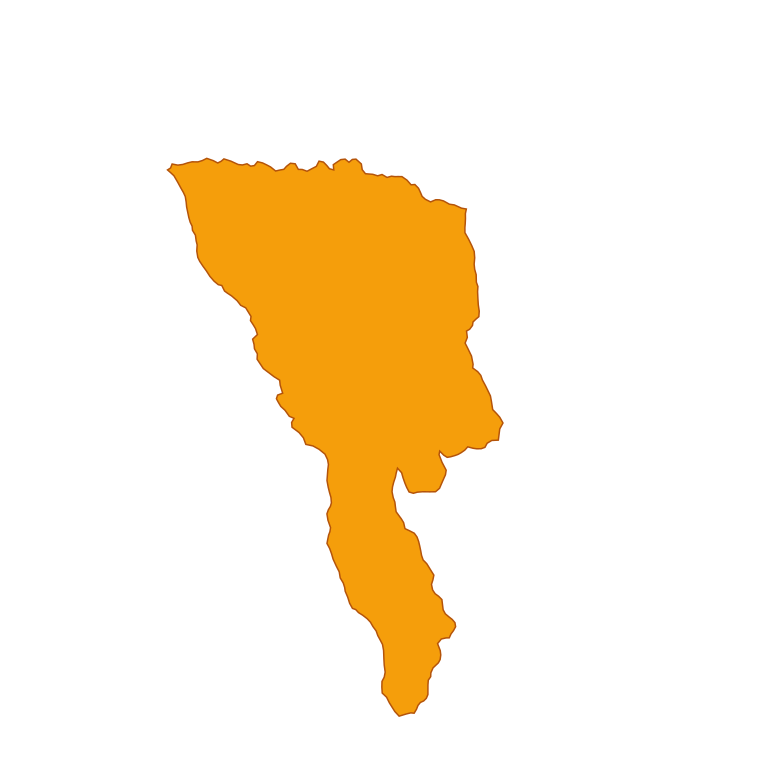 Quatá, São Paulo, Brazil (Equal Earth projection), rotated 329°
{"feature_id": "56859067B88026313234956", "entity_name": "Quatá", "entity_type": "district", "adm_level": 2, "iso_a3": "BRA", "parent_name": "Brazil", "parent_adm1": "São Paulo", "projection": "equal_earth", "projection_center": [-50.659, -22.229], "detail": "fine", "context": "isolated", "style": "filled", "palette": "amber", "viewbox_px": 768, "rotation_deg": 329, "n_neighbors": 0, "source": "geoboundaries", "source_scale": "gbopen_adm2", "svg_char_len": 4083}
<svg xmlns="http://www.w3.org/2000/svg" viewBox="0 0 768 768"><g transform="rotate(329 384 384)"><path d="M544.7,276.4L541.0,273.2L536.5,266.7L532.7,263.6L529.3,257.7L526.3,254.6L523.2,252.7L517.7,251.9L514.6,247.0L513.3,242.8L513.9,238.6L514.4,234.0L513.2,228.9L509.8,227.2L508.7,221.1L506.2,215.5L503.0,213.5L500.2,211.9L497.4,209.7L493.0,208.5L490.2,203.4L485.8,202.3L482.4,198.5L476.4,194.2L475.7,189.1L477.9,183.7L475.8,176.8L472.5,175.2L468.2,175.9L466.5,171.2L462.5,169.4L458.2,169.6L453.5,169.9L451.2,174.6L448.1,171.4L447.5,167.2L446.4,162.6L443.1,159.5L438.1,162.6L433.2,162.3L427.6,162.0L424.4,158.0L421.1,155.9L421.3,149.5L417.5,146.6L412.5,147.2L408.7,148.4L404.8,146.9L400.8,145.6L398.6,139.6L396.3,135.8L393.8,132.0L390.1,128.3L385.4,130.0L381.9,128.6L380.0,124.7L375.4,123.3L372.1,120.8L369.7,117.3L367.6,114.2L365.0,111.2L362.7,108.6L359.2,109.2L355.3,108.9L352.7,104.6L348.3,99.3L343.4,98.9L338.9,97.8L333.9,94.7L329.5,93.3L324.7,92.2L320.0,90.2L315.7,86.3L312.3,88.9L308.7,89.0L310.0,93.1L311.2,97.3L311.1,105.0L310.8,111.6L310.7,116.6L310.2,121.0L308.1,126.2L306.0,130.6L304.7,134.3L302.4,140.9L301.2,145.5L300.8,149.9L299.0,153.6L299.0,159.3L296.7,164.6L295.5,168.5L292.0,173.6L289.6,179.6L289.2,184.0L289.5,190.0L290.0,195.4L290.2,202.0L291.3,208.3L293.1,213.5L295.7,216.0L295.2,222.2L296.7,225.8L298.7,229.9L301.0,236.9L301.7,242.8L304.7,247.5L304.8,257.6L302.2,260.9L302.4,265.8L302.4,270.3L301.0,276.4L294.5,277.9L293.0,283.1L291.1,287.1L291.0,292.9L288.0,297.4L288.5,308.6L293.5,321.1L296.5,327.0L294.4,331.6L292.4,339.7L287.1,338.7L284.2,341.2L284.0,345.5L284.0,350.1L285.6,355.5L286.2,362.9L289.2,367.1L285.0,369.4L282.9,373.7L286.2,381.9L287.2,388.6L285.9,395.5L291.2,400.5L294.7,406.5L297.3,413.7L296.7,419.7L294.9,424.4L291.7,428.5L285.4,437.4L283.0,443.8L281.4,449.0L280.1,453.9L277.7,458.8L275.0,461.3L271.6,463.1L268.2,465.9L265.8,471.9L264.2,479.6L261.6,482.7L258.7,485.0L255.4,488.6L253.0,491.3L252.7,497.0L251.6,502.6L250.2,507.8L249.3,515.8L248.9,521.9L246.6,527.7L246.6,533.5L245.5,538.1L244.0,541.7L243.1,548.1L241.6,554.3L241.4,560.1L243.6,562.8L244.4,566.8L246.6,571.1L248.7,576.5L249.7,581.2L249.6,586.3L250.1,591.6L249.1,596.5L248.9,601.3L248.6,606.4L246.4,612.2L242.0,620.2L239.4,625.1L236.6,631.6L233.2,635.4L229.1,637.9L226.1,642.6L223.3,648.0L224.9,653.8L224.4,660.0L224.5,665.6L224.6,670.3L225.9,676.5L233.1,678.3L237.6,679.7L240.3,681.7L244.4,679.5L247.6,677.0L251.2,675.7L254.8,676.1L258.4,675.2L261.7,672.8L264.3,668.5L266.6,664.7L269.4,660.7L273.3,658.9L275.4,655.7L279.8,652.6L287.0,651.0L290.2,649.1L293.1,645.5L294.9,641.5L296.2,634.1L301.8,632.1L306.4,633.6L309.2,635.2L312.8,632.7L316.5,631.2L320.4,628.9L321.9,625.1L321.2,620.9L319.7,617.0L318.2,612.6L318.4,608.0L320.4,603.5L322.6,598.6L321.5,594.1L319.8,590.1L319.6,585.6L321.5,580.2L325.0,577.1L328.3,573.5L328.2,567.7L328.1,560.1L326.9,555.0L327.9,550.3L329.6,545.8L331.3,540.9L332.6,536.8L333.5,532.1L333.1,527.5L330.2,522.8L327.5,518.8L329.4,513.0L329.4,508.7L329.0,504.4L328.6,499.7L330.6,495.0L332.5,490.8L333.4,486.1L335.4,480.5L338.2,476.7L341.7,473.2L345.9,469.6L348.5,466.7L352.2,463.1L353.4,469.1L352.0,474.3L350.9,479.6L350.2,484.3L349.9,489.5L352.9,492.8L356.9,493.9L361.7,496.3L367.7,500.0L372.7,502.9L377.9,502.0L382.9,498.4L387.0,495.5L389.9,493.5L392.9,489.9L393.4,481.0L394.8,472.9L397.2,470.2L398.6,475.9L400.4,479.4L403.6,480.7L408.1,481.9L411.2,482.5L414.8,482.6L419.2,482.3L423.4,481.0L427.3,485.0L430.0,487.2L433.9,489.5L437.9,490.3L441.9,487.9L447.3,487.9L453.1,491.0L456.4,486.8L460.1,482.1L465.9,478.7L466.1,472.2L465.3,467.6L464.0,461.9L467.1,454.3L469.1,449.0L470.1,437.8L470.4,431.3L471.4,426.5L470.7,421.8L468.3,415.9L470.5,413.0L473.4,405.1L474.2,396.2L474.6,390.7L479.4,387.0L482.0,381.1L485.6,381.2L490.0,379.4L492.2,376.7L495.9,375.8L500.0,375.1L503.1,370.7L505.6,364.7L508.5,359.1L511.8,353.0L514.7,348.8L515.6,344.3L519.3,337.8L520.8,332.4L523.0,327.7L526.7,322.6L529.6,316.8L530.5,310.4L531.1,303.4L531.3,296.0L533.9,291.6L536.2,288.4L539.0,284.2L541.5,279.9L544.7,276.4Z" fill="#f59e0b" stroke="#b45309" stroke-width="1.5"/></g></svg>